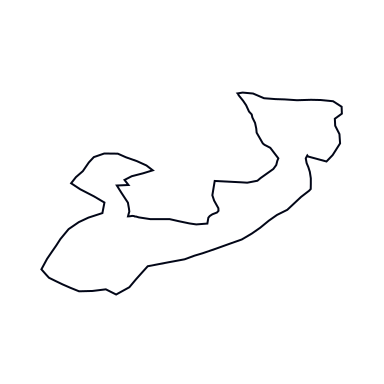 outline of Ika South, Delta, Nigeria, rotated 263°
{"feature_id": "59680162B51019344443676", "entity_name": "Ika South", "entity_type": "district", "adm_level": 2, "iso_a3": "NGA", "parent_name": "Nigeria", "parent_adm1": "Delta", "projection": "equal_earth", "projection_center": [6.215, 6.183], "detail": "fine", "context": "isolated", "style": "outline", "palette": "ink", "viewbox_px": 384, "rotation_deg": 263, "n_neighbors": 0, "source": "geoboundaries", "source_scale": "gbopen_adm2", "svg_char_len": 1856}
<svg xmlns="http://www.w3.org/2000/svg" viewBox="0 0 384 384"><g transform="rotate(263 192 192)"><path d="M222.2,344.9L231.5,345.4L240.3,342.2L247.3,342.7L251.5,350.3L258.4,350.9L264.9,343.1L267.6,331.0L269.0,321.4L270.3,307.4L272.6,295.3L274.0,286.3L276.3,274.9L282.3,264.6L284.5,254.4L284.3,249.3L283.7,249.7L282.3,250.1L276.4,253.8L271.5,256.3L264.9,258.4L261.7,260.7L258.6,261.0L252.9,263.0L247.2,263.5L243.0,263.4L231.6,268.2L230.0,269.7L228.6,271.8L226.3,275.1L220.5,278.5L214.9,281.8L212.6,280.5L208.5,278.9L204.9,275.5L197.5,261.8L195.2,258.3L194.5,248.0L195.6,242.1L200.2,215.9L186.3,211.8L180.8,212.9L177.1,214.4L172.7,216.2L170.1,216.0L168.6,214.3L167.4,209.5L166.0,206.7L164.5,205.1L158.8,203.4L159.3,192.3L161.1,185.7L164.6,175.4L167.8,166.5L170.1,147.5L173.3,136.1L174.5,133.4L174.6,132.4L175.2,131.4L175.6,129.6L175.5,128.4L175.5,126.8L175.6,125.5L177.9,126.4L180.2,127.4L183.4,127.4L186.9,127.2L189.2,127.1L192.2,125.6L199.9,121.8L207.6,118.2L206.7,129.8L212.2,126.5L215.0,134.1L216.5,145.6L218.3,155.7L223.9,150.0L229.4,141.0L234.5,130.7L236.3,127.7L239.1,123.0L240.9,109.6L238.6,98.8L233.9,93.2L226.0,86.2L220.9,78.6L215.4,73.1L208.4,81.3L199.6,94.2L192.2,103.8L182.0,100.5L179.2,86.1L175.9,76.0L170.3,65.2L170.0,64.8L161.4,55.7L155.4,50.7L149.8,45.7L143.3,40.0L133.6,33.1L130.7,35.1L127.5,37.3L124.3,39.6L120.1,46.0L116.0,52.4L111.8,59.5L107.2,67.8L105.9,81.2L105.9,94.6L99.5,104.2L105.1,118.2L112.1,125.7L117.8,132.2L123.7,139.0L125.1,160.0L125.6,168.3L126.1,176.5L128.5,186.7L129.9,195.0L132.7,208.3L136.0,222.9L138.8,235.6L143.5,246.4L148.2,255.3L154.2,264.8L158.9,273.6L162.7,284.4L167.8,291.4L173.8,299.6L179.0,308.4L180.5,310.2L185.4,310.9L191.1,311.6L197.6,311.4L202.5,310.5L206.7,309.3L211.5,309.0L213.8,310.6L214.2,310.9L213.1,311.5L205.9,329.2L211.5,336.1L222.2,344.9Z" fill="none" stroke="#020617" stroke-width="2"/></g></svg>